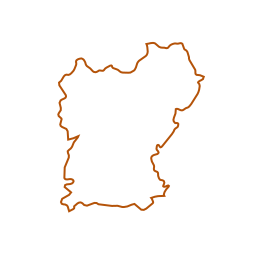 the border of Yonne, rotated 69°
{"feature_id": "FRA-5356", "entity_name": "Yonne", "entity_type": "Metropolitan department", "adm_level": 1, "iso_a3": "FRA", "parent_name": "France", "parent_adm1": "", "projection": "mercator", "projection_center": [3.524, 47.862], "detail": "fine", "context": "isolated", "style": "outline", "palette": "amber", "viewbox_px": 256, "rotation_deg": 69, "n_neighbors": 0, "source": "natural_earth", "source_scale": "10m", "svg_char_len": 3544}
<svg xmlns="http://www.w3.org/2000/svg" viewBox="0 0 256 256"><g transform="rotate(69 128 128)"><path d="M92.0,188.4L90.3,188.2L89.3,187.2L87.3,184.4L85.1,183.5L80.0,182.9L78.1,181.0L77.8,179.6L77.6,176.5L77.2,175.3L76.2,174.5L75.0,174.3L63.6,176.8L60.9,176.1L60.0,173.5L56.8,169.4L56.1,167.8L56.1,166.5L57.1,164.5L57.1,163.0L56.5,161.2L55.0,158.3L53.8,156.9L50.7,154.0L49.8,153.4L48.7,153.0L47.7,152.9L46.5,152.1L46.1,151.1L45.9,149.8L46.0,148.3L46.3,146.8L46.4,146.5L47.2,145.7L48.0,145.1L49.1,144.7L51.3,144.4L53.4,144.6L54.4,144.5L55.4,144.2L58.9,141.9L62.4,140.5L63.4,139.8L64.3,138.3L64.4,137.1L64.3,136.0L64.0,134.8L64.1,133.8L64.5,133.1L65.0,132.2L65.6,130.9L65.4,129.8L64.3,128.0L63.9,126.4L63.4,122.3L63.7,121.1L64.2,120.8L65.6,120.9L66.6,120.5L67.4,119.6L69.2,117.5L70.2,116.5L72.5,115.2L73.5,114.4L74.4,113.0L76.5,107.9L77.1,105.9L76.7,103.1L76.5,101.9L76.0,100.8L74.3,98.9L70.9,96.2L70.0,95.1L69.2,93.6L67.2,85.7L66.7,84.6L65.9,83.7L65.1,83.0L63.7,82.2L59.5,81.0L57.6,80.7L56.2,80.7L56.6,78.5L56.9,76.4L57.4,74.5L57.8,73.6L58.5,72.6L59.8,71.8L63.2,70.0L64.5,68.7L65.1,67.6L66.0,65.5L66.1,65.2L66.8,64.3L67.3,63.4L67.5,62.3L67.1,61.3L66.5,60.3L66.0,59.3L65.7,58.1L65.6,57.1L65.6,55.9L65.7,54.9L65.9,53.8L66.4,52.8L66.9,51.9L67.2,51.0L67.4,49.5L67.7,48.3L68.2,47.6L68.9,47.1L74.3,47.2L75.0,47.0L75.8,46.3L76.4,45.9L77.4,45.5L78.5,45.3L83.8,45.7L85.0,46.2L86.7,46.3L97.7,44.4L98.8,44.6L100.9,45.4L101.9,45.5L102.9,45.0L104.5,41.9L107.3,38.9L109.2,40.5L109.6,42.6L109.7,44.0L110.1,45.7L110.7,46.3L112.6,45.7L114.5,46.0L117.8,47.9L119.7,49.4L121.1,50.8L128.2,60.3L129.5,62.5L130.2,64.1L130.3,65.2L130.2,66.4L130.3,67.2L130.9,69.7L131.0,70.7L130.7,71.7L130.1,72.6L128.2,74.5L127.6,75.5L127.5,76.6L131.5,78.5L134.8,81.4L136.7,82.7L138.2,82.9L140.1,82.3L140.6,81.6L140.8,80.7L141.3,79.9L142.3,79.6L144.0,80.5L144.9,81.5L145.2,82.8L145.5,84.0L146.1,85.2L147.6,86.6L149.4,89.1L157.2,102.5L157.7,103.6L157.7,104.5L157.0,105.0L155.1,105.4L154.6,105.9L154.5,106.3L154.7,107.1L155.5,107.7L157.7,108.9L158.7,108.9L160.7,108.2L162.0,108.3L162.5,109.0L162.8,110.0L162.5,113.3L162.6,114.5L163.1,116.0L163.9,116.8L164.9,117.3L167.8,117.7L172.0,117.2L172.8,117.3L173.5,117.5L175.2,118.4L176.2,118.7L177.1,118.6L178.0,118.0L179.5,116.4L180.4,116.1L181.4,116.3L183.5,117.0L185.8,117.1L186.9,116.9L187.8,116.6L188.4,115.8L188.9,114.9L189.6,114.1L190.6,113.5L192.1,113.7L193.2,114.5L194.3,115.6L195.1,116.0L195.7,115.5L196.0,114.7L196.1,113.6L196.0,112.6L196.0,111.6L196.2,110.9L196.8,110.6L197.4,111.2L198.9,114.2L200.8,116.7L202.1,117.8L203.1,118.4L204.4,118.4L202.4,124.3L201.8,127.5L201.6,131.4L202.5,131.1L205.6,131.0L206.5,131.2L207.1,131.8L209.8,139.8L210.1,142.6L209.0,144.9L201.2,149.2L200.9,152.1L201.0,156.7L200.3,160.2L199.6,161.8L196.9,165.6L195.0,170.9L188.6,182.9L186.8,184.2L185.9,186.2L185.8,194.1L184.2,196.5L182.2,197.4L181.2,198.1L180.4,199.1L180.1,200.6L180.3,202.2L181.8,206.3L182.4,206.6L183.0,206.7L183.7,207.1L184.1,208.2L184.6,212.8L179.7,212.4L178.3,212.8L176.9,214.1L176.1,215.7L175.0,217.0L173.1,217.1L170.5,214.8L169.3,206.9L167.7,204.2L160.4,208.3L158.8,207.2L158.7,205.3L159.6,202.1L159.7,200.3L159.2,198.9L158.4,198.0L157.5,197.8L156.4,198.2L155.5,199.2L154.9,200.4L154.2,203.3L153.5,204.6L152.7,205.2L151.8,205.3L142.1,201.2L134.4,193.9L132.3,193.0L129.8,193.0L128.1,192.6L127.3,190.9L126.6,188.7L125.4,186.9L122.0,183.7L118.8,178.3L117.8,177.3L118.0,182.7L117.4,188.0L109.4,185.5L106.8,185.9L103.4,189.2L101.9,190.1L100.4,190.0L95.9,186.8L95.2,186.8L92.0,188.4Z" fill="none" stroke="#b45309" stroke-width="2"/></g></svg>